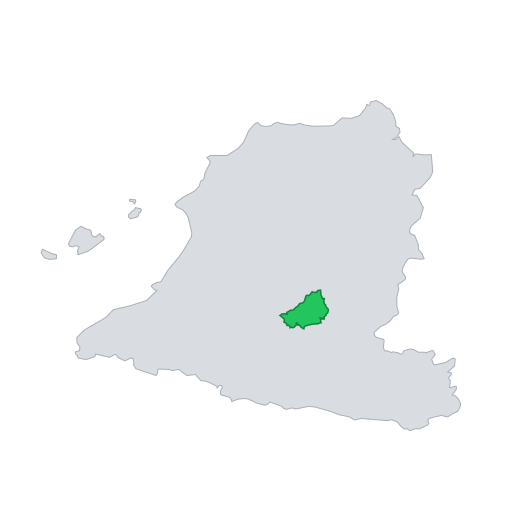 location of Segovia within Spain, rotated 184°
{"feature_id": "ESP-5843", "entity_name": "Segovia", "entity_type": "Autonomous Community", "adm_level": 1, "iso_a3": "ESP", "parent_name": "Spain", "parent_adm1": "", "projection": "albers", "projection_center": [-3.954, 41.108], "detail": "fine", "context": "in_parent", "style": "filled", "palette": "green", "viewbox_px": 512, "rotation_deg": 184, "n_neighbors": 0, "source": "natural_earth", "source_scale": "10m", "svg_char_len": 5714}
<svg xmlns="http://www.w3.org/2000/svg" viewBox="0 0 512 512"><g transform="rotate(184 256 256)"><path d="M270.1,109.1L270.2,110.6L272.7,113.3L280.1,114.7L282.0,115.8L281.8,119.7L280.1,123.0L281.7,124.4L283.5,124.3L285.6,121.6L286.1,123.3L289.5,124.8L297.0,127.6L302.3,127.8L308.0,133.5L316.8,132.0L325.0,137.4L332.4,135.8L334.2,136.8L345.8,136.4L346.2,131.7L347.4,129.8L367.9,135.1L370.6,138.9L370.3,140.9L371.7,145.5L374.3,145.2L379.5,142.2L386.5,145.0L388.5,147.7L390.0,147.9L395.0,144.7L409.2,147.0L409.6,144.8L410.6,144.0L416.3,141.6L418.7,140.9L426.3,141.8L427.4,144.4L428.9,145.3L429.7,147.6L425.5,149.3L425.3,153.3L428.3,156.4L429.1,162.1L422.1,170.2L401.3,184.4L394.6,192.5L378.6,197.4L362.1,204.0L352.5,214.6L355.2,215.3L358.4,218.5L357.5,220.1L353.2,222.7L349.2,223.6L342.4,236.4L332.8,249.7L329.2,255.6L321.7,270.9L321.8,275.3L326.5,290.0L329.0,293.8L332.4,296.9L338.7,299.4L340.4,302.1L338.4,304.8L332.4,309.8L321.8,316.5L317.4,321.7L316.6,326.5L313.5,328.8L312.6,335.5L308.6,345.0L308.4,347.5L311.9,350.7L308.6,353.0L291.8,354.3L281.5,361.9L276.4,368.5L271.9,380.7L266.3,387.9L263.7,389.3L259.7,386.2L254.7,385.9L249.9,387.0L247.4,389.5L243.5,390.9L239.6,389.8L231.2,389.2L227.5,389.4L221.7,391.4L216.7,390.1L208.3,389.4L190.1,391.0L187.8,391.7L179.7,399.8L170.8,399.9L162.7,403.1L157.2,410.9L156.1,415.1L154.6,414.1L153.3,414.4L152.6,417.6L147.0,419.5L140.8,416.8L135.7,412.7L133.0,412.4L128.7,406.2L127.0,402.3L125.7,398.0L125.7,395.1L121.8,393.3L121.0,389.4L124.0,384.5L127.8,381.8L124.3,382.0L121.7,385.1L118.6,379.9L105.7,369.4L106.5,365.9L104.2,368.5L102.7,369.1L96.0,368.5L88.2,369.4L85.6,352.2L87.8,346.3L96.9,335.0L102.3,333.6L104.7,327.6L99.8,327.8L92.4,315.9L94.8,305.1L102.8,297.3L104.3,294.1L104.6,291.1L103.2,288.9L99.1,287.6L95.0,278.9L94.3,273.6L90.8,270.4L88.1,265.0L90.8,264.3L101.7,264.7L104.3,263.5L106.4,260.0L108.7,254.2L109.3,250.7L105.3,245.5L105.1,244.4L105.8,242.7L112.5,237.3L111.3,233.0L112.7,224.2L112.3,219.0L111.8,214.7L109.7,209.2L111.2,207.0L114.7,205.2L117.5,200.8L121.6,197.1L126.8,194.3L133.0,187.9L132.1,184.9L130.1,183.2L122.8,181.7L122.3,180.3L122.6,173.2L120.7,170.3L118.1,170.5L114.0,169.1L113.0,169.9L107.9,169.5L104.3,168.1L102.7,169.1L102.2,171.6L96.0,174.0L92.6,173.7L87.0,171.3L80.7,171.8L79.9,171.2L74.3,173.8L72.5,173.8L70.4,170.2L73.6,165.2L71.3,160.2L69.6,160.0L59.4,163.0L53.3,167.4L50.9,167.9L50.1,167.0L50.2,160.3L56.7,153.6L52.9,152.9L53.2,150.8L55.8,147.7L53.4,145.1L53.8,138.0L48.3,140.0L46.9,139.6L47.0,136.7L50.6,131.2L47.2,130.3L44.6,128.0L41.6,123.1L41.7,120.6L43.9,115.0L48.7,112.5L53.6,108.8L59.9,109.9L69.5,107.0L72.9,105.4L72.9,103.0L71.9,101.1L72.9,99.5L80.8,95.0L85.5,94.7L90.3,92.5L93.4,94.2L96.1,93.8L99.2,95.8L103.3,100.2L109.3,102.1L114.2,100.9L139.3,101.3L146.4,99.3L151.9,102.1L162.5,103.5L168.9,105.7L186.7,109.5L193.1,109.6L206.0,106.1L209.6,107.0L214.7,105.2L217.2,105.6L220.4,108.0L231.8,111.3L234.8,108.4L237.0,107.8L245.2,109.4L253.6,112.8L257.9,113.0L264.1,111.9L270.1,109.1ZM433.2,252.7L436.4,253.8L439.6,252.3L441.4,252.5L443.1,253.1L443.8,255.7L437.8,269.3L432.6,273.4L426.7,271.0L423.4,270.5L422.4,269.6L421.3,265.4L419.7,264.2L417.5,263.8L413.4,267.4L411.9,265.3L409.8,265.0L408.9,263.8L408.8,262.0L421.4,250.9L425.1,248.4L433.1,245.1L434.3,245.4L433.4,247.0L434.6,248.4L433.2,252.7ZM470.4,244.0L469.5,247.8L459.1,243.9L455.9,243.6L455.0,243.0L455.0,239.3L461.6,238.2L467.1,239.5L470.4,244.0ZM380.7,293.2L379.7,295.8L374.7,295.2L373.5,294.2L374.4,291.3L375.8,290.8L375.8,288.7L377.1,286.6L384.1,284.4L385.7,285.8L386.2,287.8L382.3,292.5L380.7,293.2ZM386.2,303.2L385.5,303.8L380.1,303.6L379.8,302.0L380.8,299.5L382.9,301.7L386.1,302.0L386.2,303.2Z" fill="#d9dde1" stroke="#a8b0b8" stroke-width="1"/><path d="M197.5,224.3L196.7,223.9L194.8,223.7L194.3,223.8L193.8,224.1L193.1,223.9L192.4,224.5L192.3,225.5L191.6,226.0L189.2,226.5L188.4,221.6L188.2,221.0L187.5,220.2L187.3,219.6L187.2,218.8L187.1,218.5L186.8,218.2L186.3,218.1L185.2,218.5L184.8,218.2L184.8,217.8L185.2,216.8L185.3,216.3L184.8,214.7L184.7,213.3L184.6,213.0L184.3,212.9L183.8,212.7L183.5,212.4L183.2,212.1L182.6,210.4L182.2,209.8L180.4,208.2L180.0,207.2L180.4,204.5L182.0,202.7L182.0,201.7L184.3,199.4L183.4,198.5L183.8,197.6L185.0,198.4L185.7,197.7L187.7,198.8L187.8,198.4L187.7,198.1L187.1,197.0L187.0,196.8L187.0,195.8L186.4,193.9L187.3,193.9L189.8,192.5L191.1,192.7L192.4,192.2L194.7,192.1L197.4,191.1L198.4,191.0L202.1,189.5L202.6,189.0L202.9,188.4L203.2,186.6L206.1,188.1L207.8,190.1L209.4,190.0L209.9,191.8L211.1,191.9L211.1,189.9L211.2,189.5L211.4,189.2L212.1,188.8L212.3,188.6L212.7,187.8L212.9,187.6L213.7,187.2L214.5,187.0L216.1,187.4L217.0,186.8L217.2,187.7L217.3,188.1L217.6,188.4L218.9,189.1L219.1,189.1L219.7,188.8L219.9,188.8L220.3,189.0L220.6,189.4L220.7,189.6L220.8,190.6L220.9,190.8L221.1,190.9L222.1,191.5L223.1,191.7L223.4,191.9L223.5,192.0L223.2,194.1L223.3,194.8L223.7,195.2L227.9,198.4L227.3,198.7L226.3,199.9L225.4,199.9L225.0,200.1L223.5,200.4L221.9,200.3L221.0,200.0L220.9,200.1L221.1,200.3L221.2,200.6L221.4,200.8L221.4,201.1L221.3,201.8L221.2,202.1L220.3,202.4L217.8,204.3L217.6,204.4L217.0,204.3L215.5,204.7L214.5,205.3L214.2,205.6L214.0,205.9L213.8,206.2L213.2,206.9L212.6,207.6L211.2,208.5L210.8,209.0L210.4,209.3L210.1,210.0L209.9,210.3L209.8,210.6L209.4,211.3L209.1,211.5L208.8,211.7L206.0,212.6L205.7,212.9L205.4,213.2L205.1,213.7L204.7,214.3L204.3,215.0L204.2,215.3L204.1,215.6L204.2,216.2L204.2,216.5L204.1,216.8L203.9,217.2L203.8,217.5L203.7,217.9L203.7,218.5L203.6,218.8L203.4,219.4L203.2,219.7L203.1,220.0L202.9,220.2L202.7,220.3L202.0,220.4L201.7,220.4L201.4,220.3L201.1,220.2L200.7,220.2L200.1,220.6L199.7,220.9L198.5,222.7L198.4,223.0L197.5,224.3Z" fill="#22c55e" stroke="#15803d" stroke-width="1.5"/></g></svg>